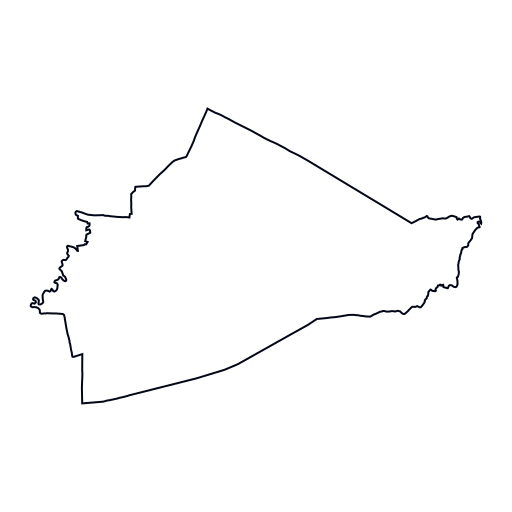 outline of Sangkae, Batdâmbâng, Cambodia
{"feature_id": "14789045B70272828773622", "entity_name": "Sangkae", "entity_type": "district", "adm_level": 2, "iso_a3": "KHM", "parent_name": "Cambodia", "parent_adm1": "Batdâmbâng", "projection": "orthographic", "projection_center": [103.435, 13.068], "detail": "fine", "context": "isolated", "style": "outline", "palette": "ink", "viewbox_px": 512, "rotation_deg": 0, "n_neighbors": 0, "source": "geoboundaries", "source_scale": "gbopen_adm2", "svg_char_len": 5938}
<svg xmlns="http://www.w3.org/2000/svg" viewBox="0 0 512 512"><path d="M82.2,403.4L102.7,401.7L103.2,401.7L107.3,400.5L109.5,400.2L117.0,398.6L119.6,397.8L123.4,397.0L127.9,395.8L129.6,395.2L196.6,378.3L224.5,369.8L237.8,364.2L286.9,336.6L307.9,324.9L316.7,319.0L326.2,318.1L330.6,317.5L335.4,317.1L341.4,316.2L348.4,315.0L350.5,314.9L354.3,314.9L356.1,315.2L357.8,315.2L360.6,315.8L362.1,315.9L366.6,316.5L370.3,316.6L371.4,316.0L374.2,314.3L375.4,314.0L380.2,311.7L382.1,311.4L382.8,311.0L383.2,311.0L384.3,311.0L386.4,311.6L388.0,311.6L390.4,311.4L391.1,311.2L392.0,311.1L393.9,311.2L394.5,311.5L395.7,311.4L396.7,311.0L397.4,310.8L398.4,311.0L400.0,311.3L401.7,313.0L402.9,313.8L403.4,314.0L404.1,314.0L405.1,313.6L405.6,313.2L408.0,311.0L409.3,309.5L410.0,308.9L411.2,307.6L412.1,306.9L413.0,306.7L414.1,306.9L415.4,306.9L417.0,306.2L417.4,306.1L418.5,306.8L419.8,307.3L420.4,307.3L420.9,307.2L422.7,305.0L424.0,303.2L424.4,302.5L424.8,301.5L424.7,300.8L425.2,299.7L425.7,299.2L426.2,298.9L426.7,298.3L426.8,297.1L427.1,296.5L427.4,296.1L427.8,295.9L428.1,294.9L428.3,293.7L428.3,292.5L428.4,292.0L430.4,289.6L431.2,289.8L432.4,290.9L432.9,291.0L434.1,291.0L434.8,291.2L435.4,291.2L435.9,290.5L435.5,289.8L435.6,289.2L435.9,288.5L436.5,287.7L437.0,287.5L437.5,287.0L437.7,286.2L438.0,285.5L439.4,285.3L440.2,284.6L440.8,284.8L440.9,285.5L441.7,285.6L442.4,285.1L443.2,284.8L443.4,285.3L443.2,286.0L443.3,286.9L443.7,287.2L446.2,287.8L447.1,288.2L447.8,288.2L448.9,285.8L449.4,285.3L450.1,285.1L451.0,285.2L452.0,285.5L453.3,286.5L454.1,286.9L455.0,287.1L455.5,287.1L456.2,286.9L456.6,286.5L457.2,285.4L457.5,284.0L457.5,281.4L457.1,279.0L456.8,278.1L456.9,277.4L457.8,277.0L458.4,275.3L458.8,273.3L458.9,272.3L458.7,270.8L458.4,269.9L458.3,266.0L458.1,265.1L458.5,263.4L458.7,261.8L459.3,260.0L459.6,259.5L459.8,258.8L459.6,258.1L459.8,256.9L460.3,255.4L460.2,255.0L460.4,254.5L460.9,253.4L461.3,252.1L461.3,251.3L461.5,250.4L462.5,249.0L462.3,248.3L462.9,247.8L464.4,247.2L465.2,247.0L466.7,246.9L467.2,246.7L467.7,246.1L468.2,245.3L468.3,243.2L468.8,242.4L470.4,240.6L471.9,238.4L472.2,237.1L472.4,234.7L472.7,233.9L473.2,233.0L475.4,229.8L476.8,228.3L477.9,227.6L479.0,227.4L479.6,227.1L479.3,226.2L479.0,225.0L478.6,224.0L477.7,223.2L477.6,222.2L478.3,221.7L479.9,221.7L480.4,221.9L480.6,222.5L480.6,223.1L481.1,223.6L481.3,222.8L481.3,222.3L480.9,220.8L480.0,218.6L480.2,217.6L480.1,216.7L479.5,216.5L475.0,217.1L473.7,217.5L472.9,218.0L472.4,218.5L471.6,218.8L471.1,218.6L470.4,218.2L469.8,216.9L469.1,216.1L467.4,216.6L465.1,216.9L463.9,217.3L462.9,218.1L462.2,219.3L461.9,219.6L461.1,219.6L459.9,219.3L459.4,218.8L458.9,218.5L458.3,219.1L457.5,219.6L456.8,218.7L456.6,217.2L456.2,217.0L453.0,216.0L451.9,215.8L450.7,216.0L449.7,216.4L448.5,217.0L447.4,217.8L446.3,218.3L445.1,218.6L442.7,218.3L438.3,219.0L435.8,219.6L428.8,218.3L428.2,217.7L427.6,216.9L427.4,216.3L426.8,216.0L425.4,217.0L423.9,217.7L423.2,217.8L421.6,218.6L419.6,219.0L415.8,221.1L411.6,223.2L307.8,160.6L298.5,155.3L289.9,151.2L284.7,148.0L281.6,146.4L277.5,144.2L273.5,142.3L270.5,141.1L263.7,137.7L261.4,136.3L251.5,130.8L236.1,123.1L232.7,121.3L229.0,119.2L224.9,117.2L222.3,115.7L218.7,114.0L215.1,112.7L209.2,109.6L207.5,108.6L206.2,111.9L201.8,121.6L200.2,125.5L196.7,133.3L195.0,137.3L193.8,140.8L191.0,147.2L188.0,153.2L187.4,154.7L186.5,156.3L185.8,157.1L183.1,157.7L181.8,158.2L178.5,159.1L174.8,160.4L172.4,162.0L167.7,166.6L165.4,169.1L162.9,171.5L160.1,173.9L155.0,179.1L152.9,181.3L150.1,184.3L149.0,185.6L146.4,186.2L142.9,186.3L135.4,186.8L135.2,187.6L135.0,190.6L133.0,192.1L131.9,193.3L131.2,194.1L131.3,196.9L131.1,200.0L131.3,203.7L131.2,207.1L131.5,212.1L131.7,213.8L130.0,214.0L129.7,215.2L129.4,217.5L127.8,217.2L125.1,217.1L122.7,217.2L117.1,216.9L109.4,216.1L108.0,215.8L106.3,215.8L104.7,215.7L103.3,215.1L96.3,215.3L94.3,215.3L92.7,215.2L89.0,214.8L87.9,214.7L84.0,213.3L81.6,212.4L76.8,211.1L75.8,211.7L75.4,212.8L75.6,214.0L75.7,214.5L76.2,215.0L77.9,215.8L77.9,218.6L78.9,219.2L81.8,220.4L84.5,221.3L87.1,221.9L87.4,222.7L87.6,223.5L89.5,223.3L89.6,225.0L89.3,225.8L88.3,226.7L86.8,227.1L86.3,228.1L86.3,230.3L88.6,229.6L89.5,229.6L89.9,230.6L90.3,232.3L90.1,232.9L88.1,233.8L86.5,234.6L86.2,235.4L86.3,236.6L85.2,241.1L87.6,242.0L86.2,244.3L84.6,244.3L83.9,245.1L77.2,246.0L77.9,250.9L77.3,250.9L76.7,249.9L74.9,248.1L73.8,247.4L72.7,247.0L68.0,245.8L67.4,246.0L67.0,246.8L67.2,247.9L67.9,249.5L68.0,250.8L67.7,251.8L67.1,253.1L67.4,254.1L68.8,255.9L68.4,256.9L67.5,257.8L66.2,259.8L65.3,260.1L63.7,259.8L62.6,260.3L61.8,261.0L61.7,261.7L62.4,264.0L62.6,265.0L62.3,265.9L61.0,266.7L59.8,267.7L59.4,268.3L59.6,269.2L61.4,270.8L61.9,271.6L63.3,275.6L63.8,275.9L64.6,276.3L65.3,277.3L66.2,279.4L66.2,280.6L65.4,281.2L64.4,281.0L62.7,279.7L61.9,278.6L61.4,277.7L60.2,277.0L59.3,277.2L58.7,278.8L57.7,279.8L55.2,280.6L54.6,281.3L54.4,282.3L55.3,282.9L56.6,283.1L57.1,283.6L57.6,284.4L57.7,285.2L57.5,285.9L57.4,287.9L56.9,289.5L56.2,290.5L55.6,290.9L54.5,291.5L53.7,291.4L53.1,290.9L52.6,290.2L52.6,289.7L51.6,288.9L51.1,289.4L50.7,290.7L50.5,291.1L49.6,291.6L47.6,290.7L46.3,290.6L45.1,290.8L44.3,291.8L42.8,294.3L42.6,295.4L42.7,298.4L42.9,300.3L43.2,301.2L43.2,302.1L42.7,303.0L41.9,303.6L41.0,304.2L40.2,304.5L38.8,304.3L38.5,303.6L38.5,302.7L38.9,300.9L38.8,300.2L38.2,299.3L36.7,298.1L35.7,297.6L34.6,297.4L33.6,297.9L33.2,298.7L33.1,299.5L33.6,300.0L35.2,300.6L35.7,301.2L35.9,302.1L35.5,302.8L34.5,303.6L32.2,303.1L31.5,303.6L30.7,305.3L30.9,306.4L31.7,306.9L32.6,307.2L34.0,307.1L36.2,307.2L37.2,307.7L38.3,308.2L39.6,309.7L39.8,310.3L39.9,312.8L40.8,313.5L41.4,313.7L43.1,313.6L44.3,313.4L45.8,313.4L47.1,313.2L51.3,313.4L56.6,313.5L62.0,313.9L63.2,314.2L64.0,314.9L64.4,316.1L66.4,328.2L67.6,334.1L68.4,336.5L69.5,341.0L69.6,342.6L70.1,343.8L71.1,350.0L71.8,352.7L72.1,355.3L72.5,356.8L73.9,356.8L82.3,354.1L82.3,355.0L82.2,370.2L82.4,373.9L81.9,387.7L82.2,403.4Z" fill="none" stroke="#020617" stroke-width="2"/></svg>